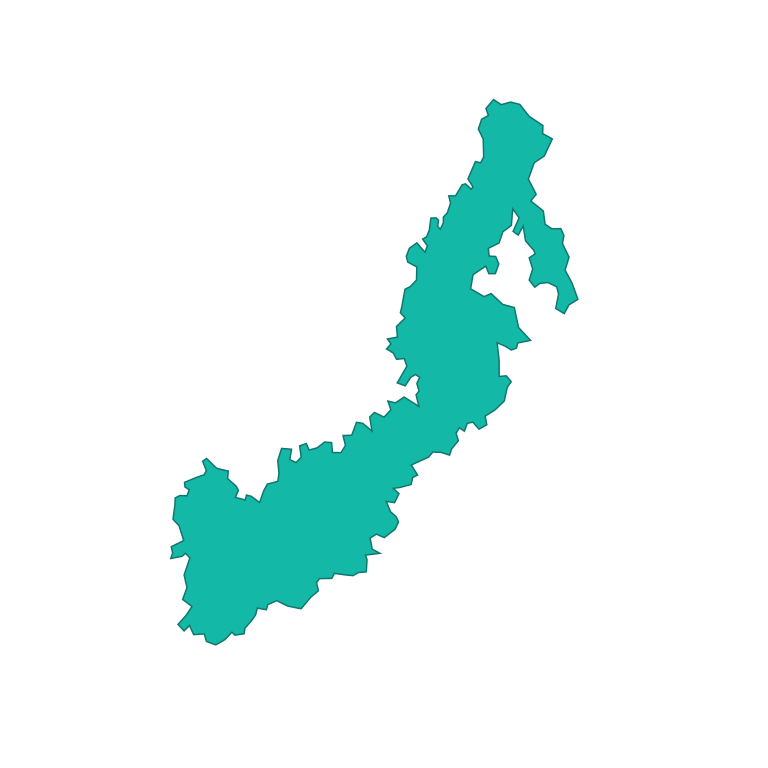 Kamashi, Kashkadarya, Uzbekistan (Natural Earth projection), rotated 297°
{"feature_id": "79887680B4185016404575", "entity_name": "Kamashi", "entity_type": "district", "adm_level": 2, "iso_a3": "UZB", "parent_name": "Uzbekistan", "parent_adm1": "Kashkadarya", "projection": "natural_earth1", "projection_center": [66.838, 38.762], "detail": "fine", "context": "isolated", "style": "filled", "palette": "teal", "viewbox_px": 768, "rotation_deg": 297, "n_neighbors": 0, "source": "geoboundaries", "source_scale": "gbopen_adm2", "svg_char_len": 3314}
<svg xmlns="http://www.w3.org/2000/svg" viewBox="0 0 768 768"><g transform="rotate(297 384 384)"><path d="M225.9,298.6L228.7,287.6L235.7,284.8L232.9,273.2L237.1,259.7L232.8,257.5L226.2,265.0L221.4,264.9L215.5,259.2L205.8,250.9L201.9,253.4L201.3,258.5L194.9,259.2L192.0,252.8L187.7,249.7L181.6,252.5L167.7,257.4L164.6,265.8L153.6,276.6L142.5,268.3L137.3,272.5L131.7,273.2L138.8,282.3L143.1,284.1L140.8,290.0L136.1,290.7L123.1,292.6L113.1,300.9L100.6,302.4L98.6,313.8L88.3,312.8L76.3,309.6L73.2,318.0L80.5,320.3L74.3,328.2L79.7,337.3L74.0,342.7L75.2,352.5L83.8,358.2L93.8,361.2L92.5,365.1L98.0,372.8L103.2,370.9L113.2,373.5L120.0,374.4L126.8,372.9L129.5,381.7L134.7,380.6L142.2,386.7L142.4,399.0L146.1,412.2L160.9,415.6L170.0,419.4L176.5,414.0L181.3,414.9L187.1,425.7L192.7,425.8L196.5,436.6L199.2,443.4L204.3,446.7L208.6,453.5L219.8,448.6L223.1,445.1L231.3,457.2L231.5,448.5L240.4,441.6L246.7,445.3L247.3,454.0L259.6,459.8L267.6,459.6L271.3,455.0L273.1,447.9L280.4,439.3L283.1,447.3L293.1,447.1L295.2,439.7L299.5,445.7L306.9,453.8L313.8,452.0L318.1,455.3L324.3,445.1L339.2,457.0L345.6,458.4L349.0,466.0L350.4,474.7L356.9,473.7L367.2,476.0L372.9,470.6L379.3,471.1L378.4,477.0L386.8,476.1L390.3,480.5L386.9,489.2L394.4,494.1L401.3,488.7L411.1,494.6L423.4,498.9L437.1,495.3L443.8,496.3L446.8,489.2L443.0,483.2L457.1,476.0L472.1,466.1L472.7,474.5L472.1,482.0L476.1,485.7L481.3,484.6L489.4,494.8L495.4,478.3L511.3,465.3L508.8,453.7L513.2,438.4L507.3,433.5L508.1,418.0L521.8,413.7L535.2,421.2L529.9,427.4L532.9,433.1L543.0,431.8L548.3,425.6L545.7,419.6L552.2,415.4L562.0,422.5L573.6,420.8L583.1,425.5L598.5,419.2L593.4,429.0L578.6,429.7L577.6,436.0L588.0,436.3L575.8,445.1L571.1,456.8L568.6,459.5L562.3,456.1L554.1,464.2L542.5,466.2L538.7,474.4L544.2,477.0L548.8,483.9L549.0,493.8L543.2,498.8L529.2,502.7L528.5,512.6L538.5,512.9L547.5,518.3L559.4,505.6L567.7,493.6L581.0,491.3L590.1,479.3L598.1,476.8L602.7,471.0L598.5,463.3L599.5,455.0L610.5,447.4L613.7,431.7L622.1,433.5L632.1,419.6L649.3,417.4L659.9,423.3L678.8,422.7L679.1,411.7L686.4,408.3L688.4,391.8L694.8,378.1L692.7,368.9L686.1,361.6L687.2,352.5L675.8,349.8L670.6,355.1L664.2,350.8L654.0,352.3L647.3,361.2L631.4,369.8L625.0,369.6L623.7,364.5L604.8,365.7L600.0,373.8L597.2,373.3L599.3,365.6L597.0,363.2L584.1,362.3L581.0,356.3L575.4,361.2L565.2,362.7L559.7,361.1L554.6,363.7L547.6,363.9L548.7,360.3L554.7,358.2L555.7,355.1L553.1,350.4L541.7,354.5L534.5,355.1L530.6,352.6L526.8,360.0L520.0,360.6L524.7,349.2L516.4,345.0L507.9,345.9L503.4,349.8L503.2,360.1L491.4,365.7L483.0,363.4L477.9,359.7L461.0,364.8L455.0,366.2L452.4,372.9L440.9,369.0L431.9,374.7L425.7,366.6L422.8,372.0L416.4,370.3L415.8,378.2L411.7,384.0L415.9,390.5L410.2,396.3L391.0,395.3L392.0,403.7L402.0,404.8L406.7,407.7L406.2,412.8L399.4,413.0L393.7,418.4L388.9,417.5L379.9,425.2L381.5,407.8L372.4,402.8L370.6,395.2L364.1,401.8L354.5,399.1L354.3,388.4L348.0,386.3L336.6,394.7L339.3,382.9L337.4,376.9L323.7,378.5L319.5,370.9L311.8,377.5L303.4,376.9L299.5,369.2L308.0,363.9L305.4,357.5L296.6,353.3L291.2,347.2L295.7,341.8L290.6,336.9L281.2,343.4L274.1,341.3L273.8,334.5L283.9,331.2L280.1,322.0L267.6,324.1L256.7,331.0L249.0,333.6L241.9,325.5L234.3,325.3L221.9,327.0L223.7,316.7L222.6,311.9L217.7,313.0L215.5,303.1L223.2,302.5L225.9,298.6Z" fill="#14b8a6" stroke="#0f766e" stroke-width="1.5"/></g></svg>